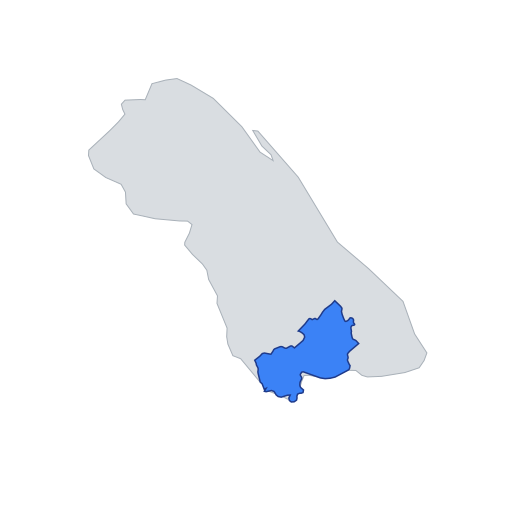 El Salvador, with Santa Ana highlighted, rotated 213°
{"feature_id": "SLV-1358", "entity_name": "Santa Ana", "entity_type": "Department", "adm_level": 1, "iso_a3": "SLV", "parent_name": "El Salvador", "parent_adm1": "", "projection": "orthographic", "projection_center": [-89.512, 14.11], "detail": "fine", "context": "in_parent", "style": "filled", "palette": "blue", "viewbox_px": 512, "rotation_deg": 213, "n_neighbors": 0, "source": "natural_earth", "source_scale": "10m", "svg_char_len": 3358}
<svg xmlns="http://www.w3.org/2000/svg" viewBox="0 0 512 512"><g transform="rotate(213 256 256)"><path d="M181.1,152.1L185.3,152.9L212.9,161.5L221.1,159.8L231.6,166.8L236.6,172.3L241.0,179.8L262.9,195.0L266.6,201.6L282.9,210.5L289.5,217.3L296.5,220.1L310.1,222.7L321.8,226.3L323.2,228.8L324.3,238.9L326.8,247.5L332.4,248.0L339.1,243.8L360.9,232.3L381.6,224.5L393.3,229.0L400.3,238.5L408.2,242.7L424.6,240.0L439.4,240.7L451.2,249.0L453.9,253.8L446.9,281.6L444.4,293.5L443.2,303.6L447.5,306.2L451.6,310.0L450.7,315.4L438.0,324.4L434.0,326.7L437.1,343.9L427.6,354.3L418.9,361.8L403.6,364.0L377.5,364.9L338.2,356.7L309.2,345.3L293.6,345.3L298.5,349.1L310.9,351.4L327.1,359.5L322.5,361.8L263.5,345.1L195.3,312.0L154.6,306.7L108.0,298.0L80.5,277.0L59.9,267.8L58.1,259.9L58.3,251.1L67.7,239.3L85.2,223.4L96.8,215.2L102.2,213.6L109.9,214.4L117.2,209.9L123.5,198.9L130.1,191.9L146.8,184.7L150.6,181.9L149.4,175.7L145.7,163.8L146.3,156.5L151.7,153.1L158.3,152.5L171.8,149.5L177.7,150.1L181.1,152.1Z" fill="#d9dde1" stroke="#a8b0b8" stroke-width="1"/><path d="M117.4,215.3L116.4,212.9L116.2,211.6L116.7,210.2L123.7,197.6L127.1,194.0L131.2,190.8L135.6,188.8L153.3,184.6L154.4,183.5L154.4,180.8L153.8,180.1L151.7,179.1L151.0,178.4L150.7,177.3L150.4,174.7L150.2,173.9L149.2,172.0L148.8,171.4L147.8,170.5L146.7,170.0L143.2,169.5L142.2,167.1L143.2,165.7L144.8,164.5L145.9,162.8L145.4,160.8L144.2,159.1L143.5,157.2L144.6,154.5L146.9,152.8L149.3,153.0L151.1,154.8L151.6,158.0L153.9,156.3L157.9,151.4L159.1,150.9L160.9,150.2L163.5,150.5L165.4,151.5L167.2,152.2L169.8,151.6L173.6,147.7L175.3,147.1L175.5,150.4L176.3,149.1L176.5,148.7L181.3,152.2L183.8,152.6L190.1,158.5L191.2,159.7L191.4,160.0L192.0,161.3L192.7,162.5L193.1,162.9L193.7,163.4L196.1,164.7L196.5,165.0L197.3,166.0L200.3,167.9L198.2,174.1L197.6,177.6L196.1,179.2L190.0,181.7L189.9,185.1L190.1,187.0L190.0,187.6L189.7,188.4L186.5,192.9L185.9,193.5L185.6,193.7L185.2,193.9L184.8,194.1L184.4,194.2L183.8,194.3L182.1,194.4L181.7,194.5L181.3,194.6L180.9,194.8L180.5,195.0L180.2,195.3L178.3,198.8L177.9,199.4L177.6,199.7L177.2,199.9L176.8,200.1L173.7,199.9L170.5,210.8L171.0,214.5L172.8,216.2L175.3,216.6L177.8,216.6L179.7,216.1L177.9,225.5L177.7,228.0L177.7,228.5L177.4,231.8L177.3,232.3L176.9,232.8L176.0,233.2L175.4,233.2L174.9,233.2L174.4,233.2L174.1,233.4L172.8,235.5L172.2,235.9L171.7,236.0L171.3,235.8L170.9,235.8L170.5,235.9L170.1,236.1L169.9,236.5L169.7,237.4L169.5,242.0L169.6,245.1L169.3,248.7L166.4,256.6L165.6,261.4L157.7,259.9L155.6,259.1L155.4,258.8L155.1,258.5L154.1,256.0L151.9,253.9L148.4,251.3L146.8,250.3L145.7,249.8L145.3,249.9L144.9,250.2L144.7,250.5L144.2,251.2L143.7,252.4L143.5,253.4L143.5,254.9L143.4,255.3L143.0,255.7L142.4,256.0L141.2,256.3L140.4,256.1L139.9,255.9L139.5,255.6L139.2,255.3L139.0,254.9L138.8,254.4L138.4,253.8L137.7,253.0L136.7,252.8L136.1,252.5L135.9,252.1L136.0,251.7L136.2,251.3L136.5,251.0L137.1,250.5L137.4,250.2L137.6,249.8L137.7,249.3L137.7,248.8L137.6,248.0L136.8,246.8L135.8,245.8L135.3,245.2L134.9,244.8L134.4,243.5L133.9,242.9L131.2,240.2L130.3,239.5L129.5,239.1L129.0,239.1L128.5,239.2L127.6,239.4L126.1,239.5L122.2,238.5L125.6,227.1L126.0,224.1L125.9,223.7L125.5,223.0L124.9,222.4L124.2,221.8L123.7,221.2L123.4,220.9L123.2,220.5L122.9,219.1L122.7,218.7L122.4,218.3L121.8,217.8L118.8,215.9L117.4,215.3Z" fill="#3b82f6" stroke="#1e3a8a" stroke-width="1.5"/></g></svg>